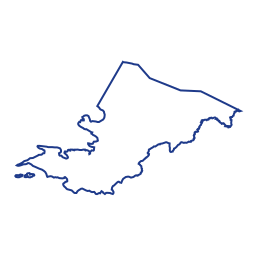 La Cruz, Guanacaste, Costa Rica
{"feature_id": "36466004B52146458356886", "entity_name": "La Cruz", "entity_type": "district", "adm_level": 2, "iso_a3": "CRI", "parent_name": "Costa Rica", "parent_adm1": "Guanacaste", "projection": "mercator", "projection_center": [-85.604, 11.009], "detail": "fine", "context": "isolated", "style": "outline", "palette": "blue", "viewbox_px": 256, "rotation_deg": 0, "n_neighbors": 0, "source": "geoboundaries", "source_scale": "gbopen_adm2", "svg_char_len": 5863}
<svg xmlns="http://www.w3.org/2000/svg" viewBox="0 0 256 256"><path d="M239.2,111.4L240.6,111.0L200.8,91.3L180.5,90.4L149.7,78.1L138.1,64.8L133.6,64.2L132.1,63.6L126.5,62.5L123.3,62.2L122.9,61.9L97.3,106.1L99.2,107.6L99.6,108.5L100.6,109.5L102.8,110.4L103.9,111.6L104.2,113.1L104.7,114.5L104.6,115.9L104.3,117.7L103.2,119.5L99.0,122.0L97.5,122.0L95.9,121.5L92.4,121.1L92.0,121.2L91.3,121.6L91.0,121.7L90.1,120.8L89.9,119.5L88.5,116.1L87.3,115.4L86.0,115.3L84.2,115.7L83.5,116.4L82.3,117.1L82.6,117.6L82.6,118.6L83.8,119.2L83.8,120.4L82.7,120.5L81.1,120.1L80.7,120.5L80.2,122.1L79.2,121.9L78.2,123.3L78.3,124.5L79.3,125.8L80.9,126.9L83.4,128.2L83.8,128.7L85.3,129.3L86.4,129.2L91.2,132.1L92.2,132.4L91.9,132.9L91.3,133.4L91.3,133.6L92.1,134.0L93.1,135.0L94.5,135.6L96.3,136.8L97.4,138.0L97.6,139.5L97.9,140.4L97.7,140.9L96.1,141.5L93.8,141.7L92.7,143.8L90.7,143.9L88.7,143.3L88.1,143.3L88.2,144.3L89.5,146.0L91.4,146.8L94.2,147.3L93.9,150.1L93.5,150.6L91.7,150.4L91.3,150.8L90.1,152.0L90.1,153.6L89.3,154.1L89.2,153.6L89.7,152.7L89.7,152.1L89.1,151.2L87.7,150.4L86.5,150.1L85.6,150.5L85.2,150.3L85.0,149.6L83.2,149.6L81.7,150.0L79.8,150.0L77.8,149.6L74.9,149.7L74.5,149.7L74.5,150.2L74.3,150.3L73.6,149.8L73.1,150.1L72.4,149.6L70.5,149.6L70.3,150.6L69.7,150.5L69.1,149.9L68.5,149.8L67.9,150.1L67.6,151.1L67.0,151.6L65.9,151.8L65.1,151.4L64.5,152.2L64.5,153.1L66.7,155.0L67.9,157.0L67.9,157.7L67.5,158.1L66.7,158.5L65.9,158.5L62.9,157.3L62.3,156.9L62.1,156.4L61.4,155.7L59.9,155.7L59.3,155.1L59.0,153.2L60.1,152.7L61.0,151.8L61.0,150.1L60.1,148.4L58.2,147.7L57.0,147.4L54.8,147.4L51.8,147.1L48.1,147.1L46.7,146.7L39.9,145.9L37.8,145.9L37.6,146.1L37.5,146.6L38.5,147.8L39.9,148.6L42.2,149.1L43.2,149.9L44.4,150.4L44.6,151.7L44.3,153.2L42.8,153.4L42.0,154.4L41.4,154.7L38.6,154.9L38.1,155.4L32.9,158.0L30.1,158.2L27.5,160.2L24.3,161.1L22.2,162.7L19.3,164.2L17.7,164.7L16.8,165.4L17.5,165.7L18.8,165.8L20.8,165.3L23.6,164.3L25.8,164.2L27.3,163.6L27.9,163.1L28.8,163.1L31.4,164.5L32.9,165.9L35.1,166.8L39.3,168.7L41.9,169.6L43.8,170.8L45.3,172.1L46.4,174.1L47.0,176.2L47.4,176.9L48.7,176.5L50.7,176.2L52.0,176.5L53.9,177.6L55.2,177.2L56.8,177.5L57.6,177.3L59.3,178.1L62.3,178.4L64.1,178.1L64.5,177.2L65.1,177.1L66.2,178.1L67.1,179.2L67.3,181.1L66.7,181.7L65.4,181.8L64.9,182.5L63.3,183.6L63.2,184.7L63.7,185.7L64.3,186.5L65.6,187.6L66.3,188.5L67.2,189.2L71.7,190.4L74.1,192.7L74.8,193.0L76.4,193.0L77.5,191.2L78.6,190.3L81.2,188.7L82.4,188.6L86.2,190.5L87.8,191.0L89.4,190.7L90.5,191.5L92.0,192.1L94.2,191.9L94.9,192.6L95.7,193.8L96.1,194.0L97.0,194.1L99.2,193.0L100.1,193.3L101.5,191.2L102.7,191.9L103.0,192.6L104.9,194.0L106.1,192.9L107.1,192.8L110.1,193.0L110.8,193.4L112.8,194.0L113.5,193.0L113.5,191.9L112.5,190.1L111.7,189.6L112.1,187.5L112.9,186.1L114.0,185.5L117.2,182.4L118.1,181.8L118.8,181.7L119.9,182.5L121.3,182.8L122.2,180.5L123.2,178.8L125.8,177.0L128.1,176.6L129.2,176.8L131.0,177.6L131.3,177.5L133.1,177.1L134.3,176.4L134.8,175.9L136.1,175.3L136.6,175.3L137.1,175.7L137.7,175.7L138.1,175.1L139.4,174.6L140.8,173.6L140.8,172.5L141.5,172.2L142.2,170.8L141.8,170.4L142.0,168.8L141.6,168.5L141.3,166.1L140.3,165.3L140.1,164.8L139.6,164.5L139.1,163.8L138.7,163.8L138.7,163.4L139.4,162.4L140.6,161.4L141.2,161.0L142.0,161.0L143.1,160.5L143.9,159.5L144.5,159.2L144.8,158.7L145.0,158.7L145.8,157.8L146.3,157.7L146.4,157.3L147.3,156.8L148.3,155.8L148.9,154.9L149.0,154.0L147.8,153.5L147.7,152.8L148.4,152.0L148.8,151.1L148.8,149.9L149.1,149.4L150.2,149.0L150.6,148.6L152.9,147.3L153.9,146.4L155.3,146.5L155.6,146.3L158.5,144.3L160.0,144.3L160.2,143.8L162.3,143.5L166.1,142.2L167.4,142.6L168.3,143.1L169.6,143.4L169.5,146.2L169.9,147.9L169.8,150.3L170.1,151.5L170.9,152.0L172.7,151.5L172.6,151.1L173.9,149.6L174.0,148.6L174.3,148.4L175.0,148.2L176.4,147.0L178.1,144.9L179.3,144.4L180.4,143.2L180.6,142.6L181.1,142.3L181.7,142.2L183.9,142.9L185.0,142.6L186.5,142.8L187.5,142.4L188.8,141.6L189.9,141.9L191.0,141.7L191.1,140.9L193.2,140.3L193.9,139.5L193.6,138.9L193.9,138.4L194.6,137.9L194.1,137.0L194.2,136.3L193.8,135.6L194.1,135.2L194.1,134.7L194.8,134.4L194.9,134.0L194.5,133.1L194.6,132.8L195.0,132.6L194.9,132.2L195.5,131.7L197.0,131.9L197.3,131.6L198.1,131.4L198.1,131.1L197.5,130.7L197.7,129.9L197.4,129.5L198.0,129.1L198.2,128.1L198.4,128.8L198.9,128.9L199.0,128.8L199.1,127.8L199.3,127.9L199.6,127.5L199.5,126.5L200.5,125.1L200.9,125.0L201.0,124.6L201.4,123.7L201.3,123.2L201.8,123.1L202.0,122.7L201.1,122.2L201.5,121.8L201.4,121.4L202.2,121.2L202.1,120.6L202.7,120.8L202.9,120.1L203.8,120.2L204.4,119.8L206.2,119.7L206.8,120.2L207.6,119.5L208.4,119.6L208.6,118.8L209.3,118.1L209.8,118.5L210.7,117.8L211.6,117.7L212.1,118.3L212.6,118.3L214.5,117.5L215.2,117.5L216.2,118.4L216.9,118.5L217.0,118.8L216.5,119.1L217.4,119.3L217.3,119.9L218.1,120.1L218.2,120.3L219.3,120.8L219.5,121.2L218.9,121.3L220.1,122.5L221.4,123.2L221.7,123.8L222.4,123.6L222.9,123.7L223.2,123.2L223.9,123.5L224.6,124.4L225.2,125.0L225.2,125.5L226.1,125.8L225.6,126.3L226.4,126.4L227.0,126.6L227.4,126.0L228.8,126.1L228.3,127.1L228.4,127.4L228.9,127.3L229.2,126.7L230.2,126.9L231.6,124.8L231.3,123.9L231.2,122.8L231.5,120.1L230.7,119.9L230.8,118.8L230.5,118.6L230.1,117.4L231.0,117.0L232.2,117.0L233.0,115.8L233.6,115.6L233.9,113.9L234.5,113.1L234.4,112.0L234.6,111.7L234.9,111.6L235.3,111.8L235.7,111.8L236.3,111.2L236.3,110.7L236.5,110.5L237.5,110.9L238.3,110.9L238.6,110.4L238.9,111.2L239.2,111.4ZM30.1,174.6L29.8,173.4L29.4,173.1L27.4,173.4L27.0,173.8L26.9,174.8L25.6,175.0L24.6,175.7L24.5,176.8L25.0,177.1L26.5,177.1L27.8,176.5L27.9,177.0L28.1,177.1L30.1,177.4L31.5,176.8L32.3,176.6L33.1,175.7L34.1,175.6L34.3,175.3L34.1,174.6L33.5,174.2L30.9,174.0L30.6,174.4L30.1,174.6ZM20.3,174.5L19.4,175.0L18.6,175.2L16.1,175.1L15.4,175.8L15.4,176.3L16.1,177.0L18.0,177.3L19.3,177.2L21.0,176.5L21.9,176.3L22.3,175.6L22.4,174.9L20.3,174.5Z" fill="none" stroke="#1e3a8a" stroke-width="2"/></svg>